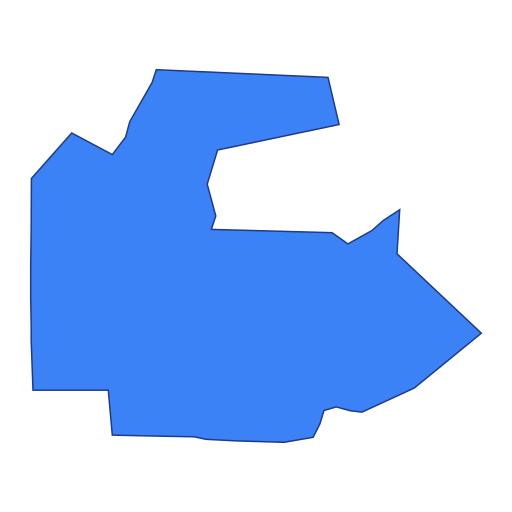 Poço das Antas, Rio Grande do Sul, Brazil (Natural Earth projection)
{"feature_id": "56859067B25116019813755", "entity_name": "Poço das Antas", "entity_type": "district", "adm_level": 2, "iso_a3": "BRA", "parent_name": "Brazil", "parent_adm1": "Rio Grande do Sul", "projection": "natural_earth1", "projection_center": [-51.638, -29.441], "detail": "fine", "context": "isolated", "style": "filled", "palette": "blue", "viewbox_px": 512, "rotation_deg": 0, "n_neighbors": 0, "source": "geoboundaries", "source_scale": "gbopen_adm2", "svg_char_len": 624}
<svg xmlns="http://www.w3.org/2000/svg" viewBox="0 0 512 512"><path d="M328.0,77.4L156.3,69.7L152.2,82.3L129.7,121.8L125.6,137.1L112.3,154.6L71.7,133.0L31.4,178.5L31.2,227.8L30.7,266.4L30.7,299.0L31.2,325.6L31.2,340.9L33.0,390.2L108.3,390.2L112.3,435.1L152.2,436.0L194.4,436.8L205.9,439.3L236.5,440.9L284.1,442.3L313.1,437.3L319.9,423.9L324.0,410.5L336.1,406.9L350.5,410.8L362.0,412.1L414.3,388.0L481.3,333.2L397.0,253.8L399.7,209.7L383.0,220.7L372.0,230.5L347.9,243.9L332.1,232.7L314.3,232.2L211.3,229.4L215.8,216.0L207.2,184.2L217.6,150.0L339.1,124.5L328.0,77.4Z" fill="#3b82f6" stroke="#1e3a8a" stroke-width="1.5"/></svg>